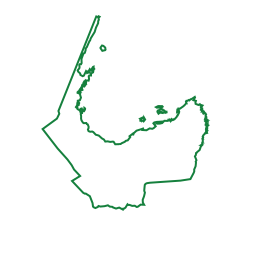 Nabire, Papua, Indonesia (Equal Earth projection), rotated 27°
{"feature_id": "22746128B29146649309875", "entity_name": "Nabire", "entity_type": "district", "adm_level": 2, "iso_a3": "IDN", "parent_name": "Indonesia", "parent_adm1": "Papua", "projection": "equal_earth", "projection_center": [135.366, -3.206], "detail": "fine", "context": "isolated", "style": "outline", "palette": "green", "viewbox_px": 256, "rotation_deg": 27, "n_neighbors": 0, "source": "geoboundaries", "source_scale": "gbopen_adm2", "svg_char_len": 5791}
<svg xmlns="http://www.w3.org/2000/svg" viewBox="0 0 256 256"><g transform="rotate(27 128 128)"><path d="M177.2,189.1L175.1,187.7L173.7,185.3L173.3,181.6L172.4,177.9L171.0,176.6L170.1,174.5L168.8,171.1L169.0,169.8L169.9,168.6L172.4,166.8L198.6,151.1L206.8,145.2L206.9,138.1L206.7,136.5L205.8,134.9L205.6,131.4L204.3,128.0L203.6,127.2L203.6,125.6L200.5,122.9L200.7,121.3L200.0,119.4L200.5,118.8L200.5,118.1L201.8,115.1L201.3,111.4L201.8,109.7L200.9,110.0L201.4,109.2L201.0,107.6L201.3,107.3L200.8,107.2L200.7,105.7L199.3,103.9L199.7,103.6L199.3,103.3L199.2,102.1L198.5,101.9L198.4,100.4L199.2,97.8L199.9,97.2L199.8,96.7L200.6,96.4L199.9,95.6L199.5,95.9L199.7,95.2L199.1,95.2L199.0,95.8L198.8,95.1L199.6,94.0L199.1,93.8L198.8,94.3L198.3,94.0L198.7,93.0L198.2,92.8L198.1,93.5L197.7,92.9L198.4,92.0L197.6,91.5L198.1,90.8L197.8,90.2L198.2,89.2L197.5,89.2L197.0,89.9L196.8,89.3L197.3,88.6L197.0,88.0L196.2,90.0L195.7,90.0L195.5,89.3L196.3,88.7L195.2,87.6L195.3,86.2L195.7,85.7L195.3,85.5L194.6,86.3L193.8,85.7L193.7,86.2L194.4,87.2L193.4,86.8L193.8,85.1L194.6,84.7L193.7,84.6L193.4,83.9L192.5,84.7L192.4,84.1L192.9,83.5L192.4,83.2L191.8,83.7L192.5,82.4L191.5,81.7L191.4,80.5L190.5,80.4L190.2,80.9L190.3,79.8L189.0,79.5L188.8,80.9L188.4,80.9L188.0,79.9L188.5,79.5L188.4,79.0L188.0,78.8L186.6,79.7L186.7,78.5L186.4,78.3L185.9,79.1L185.1,77.8L184.8,78.1L185.0,79.5L184.4,78.2L185.2,77.3L185.2,76.8L183.7,76.5L184.2,74.1L182.8,74.3L182.3,75.0L181.2,74.2L180.3,75.5L177.3,75.8L176.5,74.7L176.2,73.0L173.9,73.5L174.1,72.8L173.6,71.2L173.9,70.5L173.4,70.0L171.5,73.4L170.7,74.0L170.1,75.6L169.4,75.5L168.3,77.2L167.7,77.3L167.6,78.1L168.9,79.4L168.4,79.6L168.4,80.8L167.5,83.4L165.5,87.2L164.0,87.8L164.4,89.1L164.4,91.0L165.0,91.2L165.7,89.7L166.3,90.3L166.6,92.2L166.3,93.3L166.6,94.2L166.3,94.5L166.3,96.1L165.4,99.3L164.8,99.8L164.7,99.2L164.5,100.5L164.0,100.8L162.9,100.4L163.0,102.2L162.9,102.3L161.9,101.7L161.7,102.5L160.3,102.6L160.5,103.2L160.2,103.6L157.1,105.1L156.2,108.1L154.4,109.6L152.4,110.7L152.0,110.1L151.6,110.5L151.8,109.7L151.0,109.4L148.9,111.1L148.5,112.3L151.9,113.9L150.9,116.5L150.0,117.7L147.5,118.5L145.5,121.6L141.4,123.4L140.7,122.7L136.8,126.5L135.5,130.0L135.7,131.4L135.0,131.7L134.7,131.2L133.1,134.6L134.1,135.1L133.4,139.1L131.8,140.5L131.4,141.8L129.3,144.4L128.7,145.6L127.4,146.4L127.5,146.8L127.3,146.5L124.0,148.3L121.4,146.8L120.7,147.0L118.4,148.5L116.0,149.1L113.9,150.4L111.8,149.2L109.5,149.1L105.4,148.0L102.3,148.6L99.0,147.4L97.7,147.4L96.0,148.5L94.3,148.7L93.0,147.6L92.9,146.0L92.3,144.7L90.5,143.1L89.6,143.2L88.6,142.5L86.3,143.8L85.3,143.6L83.1,142.3L81.9,140.9L80.8,138.6L79.6,137.1L79.6,136.3L80.3,135.6L79.9,134.8L80.4,133.5L80.2,132.8L81.2,132.8L81.3,131.0L80.9,130.1L80.0,129.9L80.6,131.3L80.5,132.5L79.1,132.6L77.9,131.6L77.1,132.4L79.0,135.4L78.6,135.6L77.8,134.7L76.3,134.1L74.5,134.1L73.6,132.7L73.0,133.3L72.1,133.0L72.4,130.8L72.8,130.9L73.4,130.1L72.9,129.9L73.0,129.1L73.4,129.0L73.2,127.9L72.6,127.6L72.2,130.4L71.7,129.3L71.7,128.1L71.3,127.9L71.6,126.6L71.1,126.3L72.5,125.1L72.3,122.3L70.1,120.0L69.6,118.3L69.3,118.2L68.9,119.4L67.1,119.6L66.8,119.0L67.1,118.1L68.1,117.6L67.5,117.5L67.6,115.7L68.4,115.9L67.9,115.0L67.9,113.2L68.5,113.1L69.3,114.5L68.4,111.4L68.1,111.6L67.7,110.9L68.0,110.6L67.8,110.0L68.3,109.5L67.8,108.0L67.9,106.1L68.5,105.6L68.5,104.9L69.2,105.1L69.8,104.2L71.4,103.7L71.1,102.1L69.5,99.7L69.7,98.7L71.2,98.0L70.4,96.4L71.0,95.1L70.8,94.2L71.1,93.4L71.4,93.5L70.8,91.5L71.4,89.9L70.4,90.9L69.5,89.0L69.1,89.5L68.9,91.6L69.1,92.3L69.6,92.4L69.6,93.2L68.9,93.7L67.2,92.9L67.1,95.4L68.5,95.8L68.4,96.3L67.4,96.6L66.6,97.6L65.6,96.4L65.3,96.8L64.8,96.5L64.9,101.4L64.1,102.4L61.5,102.3L60.6,101.1L58.0,100.4L57.0,99.5L57.5,96.9L57.2,95.7L56.0,94.0L56.2,92.9L57.2,92.5L57.2,91.2L55.2,87.6L54.6,82.7L54.7,81.6L55.4,80.6L54.9,77.9L54.2,76.3L54.6,74.7L54.2,68.0L54.5,67.3L54.1,65.1L54.7,57.6L53.9,53.0L53.8,48.2L52.9,46.2L52.9,44.8L51.8,43.5L52.2,41.8L51.1,41.8L51.0,42.8L49.1,43.0L58.3,144.4L60.3,146.5L60.4,151.9L52.4,167.7L74.6,178.2L88.3,183.5L94.7,186.7L98.8,189.5L107.1,192.5L102.2,200.6L117.6,206.1L119.4,206.1L120.1,205.6L125.0,206.1L130.5,211.0L132.5,213.9L133.6,214.2L135.3,214.1L137.0,212.0L137.1,210.9L139.1,210.5L142.6,208.3L145.2,206.0L147.4,206.3L150.0,205.3L150.7,205.6L153.9,205.2L156.3,202.9L160.5,203.0L160.4,202.0L161.0,201.8L161.9,200.1L162.2,196.2L163.1,196.5L164.3,195.8L167.1,195.5L169.3,194.2L171.6,194.4L172.4,193.8L174.1,190.5L177.2,189.1ZM152.2,95.9L148.6,96.5L148.0,97.5L148.2,98.6L147.4,98.1L146.6,99.0L146.8,100.2L148.7,101.4L149.5,99.8L150.9,99.3L149.9,98.8L151.7,98.3L152.2,98.7L152.9,98.0L153.2,97.0L154.1,96.8L154.3,97.1L153.8,97.6L154.3,97.6L155.3,96.6L154.9,96.0L154.1,96.5L152.2,95.9ZM68.8,66.0L67.4,66.3L67.0,68.9L67.3,69.4L70.1,70.9L72.3,69.0L72.4,68.4L71.2,66.7L68.8,66.0ZM148.6,93.0L145.0,94.7L143.5,96.7L144.4,96.8L147.5,95.1L148.8,94.1L149.2,93.3L148.6,93.0ZM154.6,107.3L152.1,108.8L152.3,110.3L152.9,110.3L154.4,108.8L153.8,109.0L154.6,107.3ZM139.4,112.7L138.0,111.8L138.7,113.2L138.3,114.8L138.9,115.0L139.4,112.7ZM135.7,114.2L135.7,113.7L136.6,112.8L136.3,112.0L134.7,114.1L135.7,114.2ZM69.8,106.0L69.3,106.5L70.0,107.2L69.5,108.4L70.3,108.4L69.8,109.2L70.4,109.3L70.7,108.2L69.8,106.0ZM164.3,89.3L164.0,88.8L163.6,89.1L164.1,90.4L164.3,89.3ZM136.2,115.5L136.0,114.6L135.4,115.4L135.8,115.9L136.2,115.5ZM137.0,115.4L137.1,114.6L136.7,115.2L137.0,115.4ZM164.3,100.3L164.1,100.0L163.6,100.5L163.9,100.8L164.3,100.3ZM148.9,95.8L148.3,95.8L148.3,96.4L148.9,95.8ZM162.8,101.6L162.1,101.6L162.8,102.2L162.8,101.6ZM70.2,110.9L70.5,109.8L69.9,110.9L70.2,110.9ZM162.9,101.4L162.4,100.9L162.8,101.6L162.9,101.4ZM69.5,114.7L69.4,115.3L70.1,114.8L70.0,114.6L69.5,114.7ZM142.3,121.7L141.9,121.6L141.9,121.8L142.3,121.7Z" fill="none" stroke="#15803d" stroke-width="2"/></g></svg>